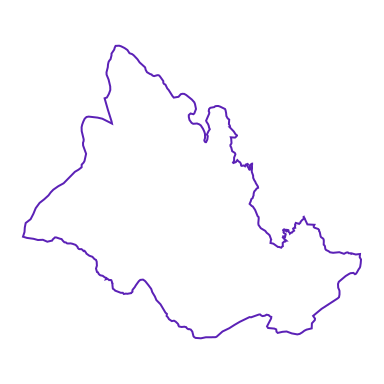 Sopotu Nou, Caras-Severin, Romania
{"feature_id": "2599482B45172043222340", "entity_name": "Sopotu Nou", "entity_type": "district", "adm_level": 2, "iso_a3": "ROU", "parent_name": "Romania", "parent_adm1": "Caras-Severin", "projection": "albers", "projection_center": [21.877, 44.803], "detail": "fine", "context": "isolated", "style": "outline", "palette": "violet", "viewbox_px": 384, "rotation_deg": 0, "n_neighbors": 0, "source": "geoboundaries", "source_scale": "gbopen_adm2", "svg_char_len": 6001}
<svg xmlns="http://www.w3.org/2000/svg" viewBox="0 0 384 384"><path d="M311.7,328.4L311.9,323.3L314.8,320.1L315.0,318.6L313.1,315.9L321.5,308.9L337.8,298.3L339.0,297.2L339.5,294.5L339.5,291.7L339.4,290.5L338.2,287.7L338.0,284.0L338.8,281.8L345.7,276.0L349.1,273.9L350.5,273.2L353.4,272.9L355.0,274.2L355.9,273.8L356.8,272.6L358.6,269.4L359.8,267.7L360.2,266.6L360.7,263.4L361.0,259.5L359.7,257.2L360.0,254.0L355.8,254.5L352.1,253.5L351.4,253.8L351.3,253.3L348.6,253.2L348.0,252.5L347.4,252.4L346.3,252.6L344.0,253.8L339.3,252.2L333.1,252.8L330.0,252.3L328.6,251.2L326.1,250.0L325.3,248.9L325.0,246.6L324.6,245.5L323.7,244.7L323.8,240.9L323.6,239.3L322.8,238.3L321.2,237.3L320.6,236.3L319.8,232.2L319.1,231.1L319.1,230.1L318.2,229.0L314.5,227.7L313.8,227.1L313.7,226.2L314.4,224.8L307.4,224.4L304.8,218.9L304.8,218.5L304.0,217.5L303.8,216.8L303.6,216.9L303.8,218.8L302.3,219.9L301.1,221.2L300.6,221.8L300.4,222.7L299.1,223.9L298.6,223.5L298.1,223.6L295.8,222.9L295.5,223.5L295.0,224.9L295.3,225.6L294.9,226.6L295.2,227.8L293.5,228.2L293.1,228.7L294.1,230.7L292.5,231.8L291.9,232.6L291.3,232.6L290.0,233.6L289.9,232.9L289.1,232.4L288.5,231.5L288.5,230.3L288.3,230.1L287.1,229.9L287.0,230.9L286.6,231.4L286.1,231.1L285.8,230.1L284.5,229.4L283.9,229.4L283.1,230.1L283.1,230.4L283.8,230.9L283.9,231.3L283.5,232.2L284.0,233.1L285.5,233.9L285.7,234.3L285.5,235.2L285.0,235.9L285.2,236.7L285.0,237.2L284.3,237.1L283.2,236.4L282.8,237.4L284.4,239.0L284.6,239.6L285.4,239.8L286.4,240.7L285.5,240.8L285.3,241.5L283.9,241.8L282.7,242.9L282.8,246.2L282.4,246.3L281.2,247.7L278.9,246.9L278.0,247.0L273.4,243.7L270.5,243.0L270.9,240.0L271.2,239.7L269.6,235.3L268.4,234.1L266.7,232.8L265.3,230.9L260.8,228.2L258.5,224.9L258.3,223.1L258.7,218.6L258.6,217.1L257.6,216.1L255.1,209.9L252.8,206.5L251.8,206.0L249.6,203.9L250.8,201.1L251.3,199.2L252.7,198.0L253.0,196.8L253.6,195.3L253.6,194.0L254.0,192.2L254.6,191.0L255.3,190.4L256.6,188.6L258.1,187.8L257.9,186.5L255.8,183.1L255.2,181.6L254.3,180.3L253.2,177.9L253.1,175.5L251.8,171.9L251.8,170.0L252.0,169.0L252.0,166.4L251.8,165.8L252.1,164.9L252.1,163.7L251.6,163.8L249.9,165.4L249.9,167.0L250.3,168.3L250.2,168.9L249.7,169.7L249.1,169.4L249.0,168.8L247.1,165.6L247.1,165.1L248.1,164.6L247.6,163.9L245.7,164.6L245.0,166.3L243.6,165.5L242.6,165.6L242.0,165.9L241.4,165.8L241.1,165.4L240.8,163.6L240.0,162.3L238.7,161.5L237.3,160.1L235.8,162.1L233.4,163.0L233.0,162.5L233.7,161.6L234.1,160.4L234.1,157.6L235.4,154.4L235.2,153.6L234.7,152.8L232.2,151.2L231.2,147.3L230.5,146.3L230.4,145.0L231.3,143.7L231.5,143.0L231.2,138.7L230.8,137.3L235.0,137.6L235.9,136.9L237.0,135.6L237.0,135.4L235.5,134.2L233.8,131.5L229.6,127.1L230.1,127.0L229.8,125.6L228.9,124.1L229.2,119.6L227.7,118.4L226.4,116.1L226.1,113.0L225.5,110.1L225.0,109.0L220.1,106.6L218.3,106.0L217.0,106.0L215.3,106.2L214.2,107.1L210.3,107.8L209.1,109.0L208.7,111.1L209.3,112.4L209.1,113.8L206.1,120.7L206.7,122.1L208.0,124.0L208.7,125.7L209.1,127.7L209.8,129.2L208.4,131.4L206.9,134.6L207.8,136.1L207.3,139.6L206.1,142.1L205.3,142.1L204.6,141.3L204.3,140.2L204.9,138.6L205.1,136.8L205.0,135.4L205.0,133.9L204.3,131.6L203.0,128.8L200.8,125.4L199.2,124.3L197.0,123.5L193.2,123.8L191.6,122.9L189.5,120.0L188.8,117.0L188.8,115.1L190.5,113.5L193.4,114.2L194.3,113.4L196.0,109.0L195.0,104.1L194.3,102.3L191.8,99.5L186.2,95.0L184.2,93.9L182.4,93.8L180.8,94.2L178.5,96.8L173.8,97.6L172.5,96.1L168.6,89.9L167.3,88.5L165.4,84.6L164.1,84.0L163.3,82.8L163.3,81.1L159.8,76.2L158.8,75.3L158.1,75.2L157.3,75.2L154.2,76.1L153.3,75.9L152.2,75.3L151.6,74.5L150.2,74.1L147.0,72.2L145.7,69.9L145.1,67.4L139.6,62.4L137.5,59.3L133.7,55.3L132.1,54.1L129.5,53.2L127.4,50.0L124.5,48.0L121.1,46.3L119.1,45.7L115.6,45.9L114.7,47.7L114.2,49.6L111.5,53.6L111.5,55.4L110.5,59.3L109.4,60.5L108.6,61.9L108.0,64.5L107.8,67.2L106.5,72.3L106.6,74.7L108.6,79.6L110.2,86.4L110.3,90.0L108.9,93.9L106.9,97.5L104.6,98.3L107.9,109.8L111.5,121.2L112.0,123.6L102.3,118.7L97.5,117.6L88.7,116.6L86.5,117.0L84.7,118.7L83.3,121.6L82.2,124.6L81.6,127.2L81.7,131.1L83.7,139.4L83.6,141.1L83.0,142.8L83.1,145.5L86.1,153.8L84.5,161.0L83.6,162.6L81.7,164.6L81.6,167.3L78.5,169.7L74.9,171.8L63.6,183.3L58.3,186.2L53.3,189.7L50.7,192.4L48.5,195.4L44.2,199.3L39.6,202.9L35.7,208.2L33.4,213.8L30.6,219.2L25.7,223.0L24.8,227.5L24.5,232.0L23.0,236.7L26.9,237.9L33.5,238.8L37.9,240.0L42.9,239.8L47.3,241.7L52.1,240.6L52.8,239.4L55.0,237.4L56.4,237.5L59.9,238.7L61.6,239.1L62.8,240.7L64.4,242.3L65.8,242.4L66.9,243.3L67.9,243.5L70.7,243.4L72.5,243.8L75.6,244.9L77.5,246.8L77.7,247.7L78.7,248.9L79.8,249.2L81.3,249.1L82.3,249.7L83.6,251.1L84.5,250.8L86.0,252.7L86.4,253.6L89.3,255.7L92.4,256.8L94.5,259.1L96.0,259.9L96.7,261.7L96.9,265.7L96.0,268.6L97.0,272.0L97.9,272.3L98.7,273.9L99.7,274.9L100.4,275.3L102.7,275.8L104.8,277.4L106.3,277.9L106.4,278.5L106.0,279.2L107.4,278.8L108.9,279.8L109.1,280.1L110.8,280.0L111.3,280.2L111.9,281.7L112.1,283.1L112.4,283.2L112.6,283.7L112.4,284.7L112.8,288.4L113.2,289.0L114.4,289.7L115.1,290.6L120.8,292.8L122.8,292.8L123.8,294.0L125.9,293.6L127.3,293.8L131.2,293.1L131.4,292.6L132.3,292.0L132.5,291.3L132.4,290.4L132.6,289.8L134.8,287.1L135.7,285.5L138.8,281.2L140.3,279.9L143.0,279.6L144.8,280.8L145.5,281.5L148.3,285.0L151.2,288.9L152.3,292.2L154.9,296.5L156.4,300.1L160.5,304.3L165.5,312.7L166.9,313.9L166.6,316.0L167.8,317.2L169.0,319.2L171.8,321.1L174.0,320.7L175.6,321.6L177.7,323.6L178.4,324.6L178.4,325.5L179.1,326.5L181.7,327.0L184.3,326.7L186.2,327.2L186.8,328.2L188.3,329.2L189.2,329.1L190.8,329.6L192.3,331.6L193.5,336.3L194.1,337.0L195.5,337.9L200.9,338.3L205.7,337.3L215.2,337.2L216.5,336.8L222.5,331.5L229.3,328.2L234.5,324.9L239.8,321.8L249.5,317.1L251.1,317.3L258.7,314.6L260.0,314.4L261.4,315.6L262.6,316.1L264.8,315.7L266.6,314.7L268.7,315.1L269.8,316.3L271.3,316.9L271.1,318.5L267.0,326.4L268.1,328.0L274.4,328.6L276.2,329.4L276.5,331.7L277.7,332.9L282.6,331.8L286.6,331.5L291.8,333.4L297.3,334.4L299.7,333.9L302.2,332.4L304.4,330.7L306.6,329.6L311.7,328.4Z" fill="none" stroke="#5b21b6" stroke-width="2"/></svg>